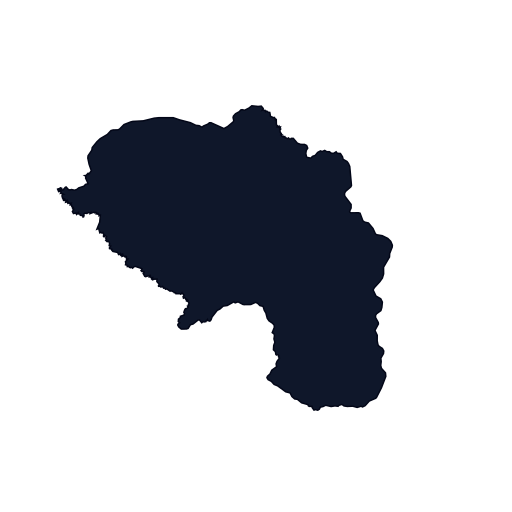 outline of Wang Pong, Phetchabun, Thailand, rotated 56°
{"feature_id": "78962969B14448677761720", "entity_name": "Wang Pong", "entity_type": "district", "adm_level": 2, "iso_a3": "THA", "parent_name": "Thailand", "parent_adm1": "Phetchabun", "projection": "natural_earth1", "projection_center": [100.775, 16.349], "detail": "fine", "context": "isolated", "style": "filled", "palette": "ink", "viewbox_px": 512, "rotation_deg": 56, "n_neighbors": 0, "source": "geoboundaries", "source_scale": "gbopen_adm2", "svg_char_len": 6094}
<svg xmlns="http://www.w3.org/2000/svg" viewBox="0 0 512 512"><g transform="rotate(56 256 256)"><path d="M385.2,307.3L388.6,304.3L392.6,304.8L396.1,303.9L398.0,301.8L403.2,300.3L408.3,296.0L409.4,296.4L410.4,296.0L412.0,293.6L413.0,294.2L416.2,294.1L416.5,292.7L418.4,291.0L418.4,289.1L417.3,287.2L418.3,284.6L418.7,281.7L422.8,277.9L424.4,274.4L426.5,272.0L426.2,270.6L427.1,267.7L429.5,266.9L431.8,264.4L434.6,259.8L438.1,256.8L439.3,252.9L440.7,252.1L441.1,249.2L439.6,243.2L440.9,236.3L440.6,235.1L435.4,225.7L428.4,215.7L425.3,214.0L419.3,214.8L416.5,213.8L413.6,211.3L410.5,209.6L408.2,204.9L406.2,203.2L403.4,202.9L399.5,204.5L397.7,204.5L394.0,202.9L389.5,199.8L384.2,199.0L380.8,192.5L379.4,191.8L373.9,191.3L372.1,190.1L371.3,188.4L371.1,183.0L369.0,180.4L364.9,177.0L361.2,176.5L356.3,178.9L349.6,177.9L348.4,175.5L346.5,167.6L345.0,163.6L342.2,160.2L336.6,156.5L331.5,145.9L328.7,143.8L324.8,138.1L323.3,136.9L319.2,136.1L315.1,136.9L309.7,140.0L305.8,144.1L304.4,144.6L298.6,143.6L291.5,144.3L288.6,147.0L286.6,147.7L278.7,145.8L277.4,146.9L273.3,153.2L272.1,153.7L271.2,153.3L269.4,150.3L266.4,148.3L256.1,148.9L254.5,148.2L253.3,147.2L252.5,145.4L251.7,138.7L250.9,137.4L234.2,128.2L230.9,127.6L228.6,127.7L224.5,129.7L222.1,128.8L218.2,128.7L216.3,131.2L214.4,131.3L214.3,134.1L213.0,136.0L210.6,136.8L209.1,139.0L206.9,140.0L206.4,142.7L204.9,143.8L204.6,147.0L205.7,150.6L205.0,153.4L205.5,155.9L202.4,158.8L198.9,157.4L196.6,155.3L195.5,152.8L192.7,152.2L190.6,153.4L188.4,156.6L185.6,158.6L179.3,159.3L178.2,160.9L178.5,161.4L177.8,162.9L176.3,163.0L176.2,164.6L174.9,165.0L174.6,165.8L173.2,165.3L172.6,166.8L172.0,166.3L171.1,167.7L170.8,167.3L169.7,167.6L169.7,167.1L169.3,167.6L168.6,166.5L167.1,166.8L165.0,165.8L164.6,164.6L163.9,165.0L162.7,163.6L162.4,164.6L161.4,164.3L161.8,165.6L160.8,166.4L160.4,165.3L158.6,165.7L154.4,163.0L154.1,163.7L153.3,163.1L152.8,163.6L151.5,163.2L150.6,164.8L150.1,164.7L148.4,165.9L144.7,164.3L143.3,165.8L141.9,166.0L141.7,167.4L140.4,167.0L139.9,167.9L138.6,168.2L138.5,169.1L137.7,167.5L134.7,167.8L133.2,170.6L129.1,175.5L129.4,179.0L128.8,183.9L126.9,185.7L126.4,186.9L127.0,189.1L126.6,193.4L127.4,196.5L128.4,197.6L131.3,198.7L132.0,199.7L132.8,207.1L132.4,211.3L120.3,218.8L119.5,220.1L119.7,222.4L118.8,227.0L119.1,228.7L116.1,230.3L114.0,232.8L108.8,235.8L100.3,243.3L95.0,247.3L87.0,259.2L84.8,263.3L80.9,273.9L75.5,282.9L74.8,284.8L73.2,291.9L74.5,298.3L74.1,300.1L71.6,304.0L70.9,306.1L72.1,311.3L71.6,319.5L72.3,323.9L74.5,331.1L76.5,333.0L79.0,339.2L80.8,340.7L86.7,343.1L93.2,344.8L94.6,348.6L94.4,349.2L93.9,348.6L93.5,348.9L94.2,351.9L93.6,353.0L94.9,352.5L96.1,353.7L102.2,354.7L101.3,357.3L101.9,359.7L100.4,364.8L100.6,367.4L100.0,369.6L97.7,371.8L97.3,373.1L96.2,374.3L92.6,374.8L92.4,375.6L93.3,379.1L92.3,380.4L91.3,379.2L90.1,380.0L90.2,382.3L89.7,382.4L89.6,383.1L92.3,383.6L92.5,383.1L91.5,382.2L91.7,381.6L92.3,382.1L93.9,381.6L94.7,382.9L94.9,382.3L97.1,381.1L96.6,382.2L97.8,383.3L99.9,384.0L101.5,382.8L101.7,383.2L101.0,384.1L102.2,384.4L102.8,384.1L102.9,383.0L104.1,382.8L104.2,381.4L104.8,381.5L104.6,383.2L105.0,383.7L105.7,381.6L106.4,381.5L106.6,382.4L107.1,382.5L107.1,381.6L108.1,381.4L108.9,379.7L109.8,381.4L110.5,380.4L112.3,381.1L113.5,380.4L113.9,381.3L115.2,380.8L115.4,381.9L116.2,382.3L116.4,383.3L118.7,383.6L119.6,381.4L121.1,381.5L120.4,380.1L120.5,378.9L121.7,379.9L122.6,378.5L124.0,378.9L125.6,377.2L127.0,377.6L127.1,376.9L126.1,375.8L124.9,375.4L124.8,374.0L126.2,372.4L126.1,371.0L127.3,369.6L127.4,368.8L128.1,369.7L128.8,366.7L129.8,365.0L130.2,365.3L130.6,364.1L131.8,363.8L131.9,364.7L132.7,363.9L132.1,363.4L132.4,363.0L133.9,363.3L134.5,362.8L134.8,363.3L135.1,362.2L140.5,366.6L144.8,372.9L145.1,371.5L145.7,371.2L149.4,372.5L149.4,371.6L150.4,371.3L150.8,369.8L151.8,370.2L153.0,369.9L154.2,371.4L154.9,371.4L155.2,370.9L154.4,370.3L154.5,369.6L156.5,369.1L157.1,370.6L158.4,370.4L158.9,371.8L160.9,371.4L160.9,370.3L161.4,369.9L163.8,370.4L165.3,371.9L166.5,370.9L167.3,373.0L168.0,373.3L169.8,371.7L170.4,372.3L172.2,372.1L175.7,368.7L177.9,369.1L178.1,367.2L179.1,367.9L179.9,367.7L179.4,366.3L179.7,365.4L181.0,365.9L181.0,367.0L181.4,367.3L181.8,365.6L183.6,365.1L183.3,364.0L183.9,363.7L186.1,365.1L186.9,364.0L187.7,367.4L189.3,368.0L190.3,369.1L191.5,368.0L192.8,368.6L193.2,367.4L194.6,367.3L195.6,366.5L195.8,365.5L197.1,365.1L196.7,363.4L197.1,361.9L202.7,357.6L203.2,357.7L203.8,359.5L205.2,359.2L206.2,357.6L207.1,357.9L207.4,359.3L210.6,359.6L211.4,359.1L212.8,354.5L213.3,354.6L213.7,356.1L214.5,355.2L215.6,355.0L216.1,353.7L216.6,354.2L216.7,355.4L217.9,355.1L218.3,353.4L219.8,351.0L221.8,352.5L225.3,352.0L226.2,353.6L226.7,353.7L227.5,352.5L228.6,352.2L229.0,350.5L231.0,350.6L231.6,349.5L232.9,349.6L233.5,348.3L237.1,346.9L237.4,345.8L239.8,344.3L240.8,344.3L241.4,343.2L242.5,343.5L244.6,340.3L245.3,339.8L245.7,340.4L245.1,338.0L246.1,338.3L246.4,337.6L248.3,337.5L248.9,339.2L250.4,339.7L250.7,338.2L252.6,338.4L253.3,337.5L254.5,337.3L254.0,338.6L254.3,338.8L255.9,337.8L257.7,337.7L258.3,339.1L259.4,339.5L259.2,340.8L260.6,340.8L260.8,343.2L260.2,343.9L260.7,345.1L262.3,347.3L263.5,347.3L264.7,348.7L263.7,352.4L264.7,353.0L265.0,355.6L266.9,357.1L268.7,356.7L268.9,358.9L269.6,359.5L271.7,359.7L274.8,358.8L277.6,354.5L278.1,352.8L276.3,348.8L277.2,346.2L276.7,339.9L277.3,338.6L281.0,338.3L280.7,336.6L281.6,336.0L282.4,334.2L281.6,333.1L282.1,332.6L281.7,331.8L282.5,332.1L284.2,330.7L283.8,329.0L282.0,326.6L279.4,318.6L279.8,315.5L279.2,311.2L281.0,307.5L281.6,300.0L283.2,299.5L284.0,296.5L288.9,293.9L289.7,293.0L293.3,287.5L294.2,282.3L296.1,281.1L299.3,280.5L301.7,278.3L305.6,279.5L308.8,279.7L313.9,281.5L317.0,281.5L321.0,279.9L323.5,279.6L325.4,280.7L328.6,285.4L330.7,284.6L332.4,285.3L334.8,287.5L338.1,288.6L340.0,291.3L343.5,294.0L346.1,293.4L348.8,294.6L349.6,294.3L350.2,292.9L351.6,292.9L352.1,293.7L353.7,293.6L355.1,297.5L356.7,299.7L359.3,300.8L359.5,306.8L361.6,310.3L362.1,313.7L363.0,315.0L365.3,315.1L368.5,313.4L372.6,312.8L375.7,310.7L385.2,307.3Z" fill="#0f172a" stroke="#020617" stroke-width="1.5"/></g></svg>